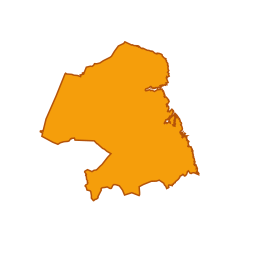 the district of Sokndal nor, Rogaland, Norway, rotated 224°
{"feature_id": "86288312B30341713179901", "entity_name": "Sokndal nor", "entity_type": "district", "adm_level": 2, "iso_a3": "NOR", "parent_name": "Norway", "parent_adm1": "Rogaland", "projection": "orthographic", "projection_center": [6.294, 58.377], "detail": "fine", "context": "isolated", "style": "filled", "palette": "amber", "viewbox_px": 256, "rotation_deg": 224, "n_neighbors": 0, "source": "geoboundaries", "source_scale": "gbopen_adm2", "svg_char_len": 5887}
<svg xmlns="http://www.w3.org/2000/svg" viewBox="0 0 256 256"><g transform="rotate(224 128 128)"><path d="M45.5,143.2L46.7,143.5L45.8,143.8L46.2,144.1L45.2,143.9L45.1,144.2L45.5,144.5L46.8,144.7L46.7,144.3L47.7,144.0L47.6,144.5L48.1,145.0L48.3,144.8L48.4,145.2L50.0,147.1L50.4,147.2L50.7,146.6L50.9,147.5L51.5,147.7L51.4,147.2L53.0,148.1L53.0,148.4L53.5,148.7L54.0,148.4L53.5,148.2L54.1,148.2L54.3,147.5L55.1,147.9L55.0,148.2L55.3,147.9L55.7,148.6L55.4,148.9L56.2,149.5L56.2,149.9L56.8,149.7L56.9,150.3L57.4,150.2L57.4,150.6L58.7,151.7L60.1,152.3L60.0,151.9L60.4,151.9L61.1,152.5L60.7,152.7L60.8,152.9L62.9,154.0L62.9,154.5L64.1,154.7L64.7,155.9L66.1,155.7L66.2,156.0L65.9,156.6L66.5,156.6L66.7,157.0L67.1,156.9L67.1,157.3L69.3,158.0L69.3,157.6L69.7,157.6L69.7,158.0L70.9,157.5L71.6,156.5L72.2,156.4L72.4,156.9L71.8,157.1L71.9,157.5L74.5,159.0L74.7,160.4L75.9,160.1L75.9,160.5L76.5,160.3L76.7,159.7L76.7,160.3L77.3,160.1L77.5,160.8L78.5,161.0L78.9,161.7L79.3,161.8L79.3,161.4L80.1,161.7L79.9,162.3L80.3,162.3L80.1,163.3L81.2,162.1L81.2,161.5L81.6,161.5L81.5,160.9L82.1,160.3L82.0,158.9L82.8,158.9L82.9,159.6L82.3,159.7L82.0,162.0L82.3,162.5L82.9,162.6L82.9,163.8L83.7,163.7L83.6,162.0L83.0,162.0L83.1,160.0L84.5,160.4L84.4,161.2L85.3,160.7L85.1,161.9L85.6,162.9L85.7,162.3L86.5,161.9L86.3,160.7L86.9,160.7L86.9,161.4L87.5,161.0L88.0,161.8L87.7,164.4L88.5,165.4L90.7,166.7L92.3,166.9L92.3,168.1L93.3,168.8L95.1,168.8L95.3,169.3L96.9,170.1L96.9,169.7L97.1,169.7L97.1,170.1L99.5,170.7L100.1,170.8L100.0,170.2L101.1,171.0L101.8,171.1L102.0,169.5L101.0,169.1L101.2,168.5L100.6,168.6L100.2,167.1L98.5,165.3L98.3,164.3L96.7,163.9L96.4,162.8L95.5,161.9L97.1,161.0L97.8,161.4L96.6,162.1L97.4,162.7L97.0,162.7L97.2,163.2L98.5,163.8L98.8,164.6L100.0,165.2L100.9,167.1L100.7,167.7L101.1,167.8L101.1,168.2L102.9,168.9L102.6,169.1L102.9,169.7L102.8,170.2L102.0,170.5L102.1,170.9L102.4,171.0L102.6,170.5L103.4,171.2L103.8,171.2L103.8,170.8L104.4,171.0L104.1,169.8L104.2,169.4L104.5,163.9L103.4,161.5L101.8,161.6L101.9,161.2L101.3,160.9L102.9,160.5L103.2,158.3L104.4,158.5L105.0,155.9L105.1,157.5L105.6,157.5L105.7,158.7L106.5,160.0L106.2,160.7L105.6,160.9L105.8,161.8L104.7,162.2L105.5,162.9L106.1,165.8L105.2,166.4L105.4,167.9L106.0,168.8L106.0,170.0L106.4,170.4L106.5,171.3L107.3,171.2L107.4,171.9L109.5,172.0L109.5,169.8L109.3,168.7L109.8,168.7L109.8,168.3L110.8,168.6L110.9,167.4L111.1,167.4L111.6,168.4L111.7,169.2L112.1,170.3L113.7,171.6L115.0,171.3L115.1,171.6L115.4,171.5L115.1,171.3L115.3,170.8L115.0,170.3L115.5,170.1L115.3,170.3L116.0,172.2L115.8,171.1L116.9,171.7L116.9,172.1L116.3,172.3L116.2,172.8L116.4,172.9L116.4,173.6L116.9,175.7L118.1,175.9L118.1,176.3L120.7,176.7L122.3,176.7L123.0,175.6L123.6,176.3L123.6,175.9L124.0,175.9L124.1,177.1L125.2,177.2L125.3,177.6L125.9,177.6L125.9,178.0L128.3,179.2L128.9,179.2L128.8,178.8L130.7,179.6L131.2,178.6L132.0,178.5L131.8,177.7L132.7,177.3L132.7,176.7L133.5,176.1L133.7,174.7L134.4,172.6L136.8,171.9L137.1,171.7L137.5,170.7L138.9,170.6L139.5,169.8L139.5,169.4L140.1,169.0L140.2,168.1L141.5,166.7L141.3,167.0L142.0,167.3L141.9,167.8L142.4,168.4L140.7,171.9L140.8,172.9L140.4,173.8L139.5,173.8L139.1,173.1L138.9,173.7L137.3,173.8L137.3,174.7L136.5,174.8L136.1,175.4L136.1,176.2L136.2,175.8L136.4,176.0L135.9,176.7L134.3,177.0L134.8,177.7L134.4,178.6L132.6,179.3L132.6,180.2L132.9,179.9L134.4,180.6L134.1,181.3L133.2,181.3L133.0,182.1L133.2,182.4L132.5,182.6L132.7,183.2L132.0,183.2L131.6,184.4L130.8,184.8L131.1,185.1L130.8,185.2L130.9,185.7L130.3,186.1L130.7,186.3L130.6,186.6L130.8,186.8L131.9,186.9L130.8,188.6L135.1,190.6L135.0,190.8L135.3,190.8L135.3,191.3L135.8,191.8L134.9,191.9L134.8,193.1L134.4,193.9L136.3,194.8L136.4,195.6L138.3,195.6L138.3,196.5L138.6,197.7L139.8,198.0L141.5,199.5L141.7,200.1L142.9,200.5L142.9,201.0L143.5,201.0L144.3,202.1L145.7,202.2L147.1,202.8L147.3,203.3L148.9,203.5L149.0,204.1L150.4,203.5L153.4,203.6L154.2,204.3L155.1,204.3L157.8,203.1L158.1,202.4L158.7,202.3L158.7,201.7L159.1,201.7L159.1,201.1L161.0,200.4L163.5,200.3L164.5,199.7L164.5,199.3L166.8,198.4L168.1,197.3L172.8,195.7L172.8,195.1L173.5,194.7L176.3,194.2L176.6,193.1L176.7,194.0L177.4,193.6L177.1,194.3L177.9,194.1L181.0,191.4L182.6,190.9L183.1,190.2L190.1,187.8L189.8,185.9L191.9,180.3L191.0,173.8L189.7,168.1L190.0,166.3L192.5,159.2L193.4,155.2L195.1,152.5L196.8,151.0L196.4,149.9L196.5,147.5L198.0,146.3L200.2,142.8L197.6,136.4L198.7,136.5L198.9,135.8L197.7,135.4L199.1,133.1L198.4,133.0L197.8,132.0L200.8,130.7L203.6,128.4L205.6,127.6L209.7,124.2L210.9,124.1L210.9,123.2L202.0,101.3L193.2,77.5L186.9,66.7L187.6,66.6L187.6,66.2L188.8,65.3L188.9,64.9L188.5,64.4L185.9,65.0L184.2,62.2L172.0,65.6L167.1,67.6L166.4,70.4L164.6,73.6L162.0,76.6L161.4,77.9L161.8,80.3L161.5,81.1L161.2,81.0L160.9,81.9L159.5,83.5L157.7,82.5L143.4,95.3L139.5,95.1L139.2,95.4L132.1,95.7L130.2,96.4L126.9,96.6L122.4,97.7L122.3,92.8L121.3,83.7L121.5,81.2L121.5,76.7L121.7,75.7L123.1,73.9L123.6,71.6L128.2,69.9L129.0,66.9L128.7,66.3L125.8,65.7L125.9,65.0L125.4,64.4L124.8,64.6L122.0,62.2L120.5,62.0L119.7,60.8L119.0,60.8L118.3,59.7L118.8,57.8L118.6,56.5L117.0,56.4L114.4,54.9L111.7,56.5L110.5,56.3L107.4,54.0L105.6,52.1L102.4,51.7L102.2,51.9L102.1,53.8L101.6,54.3L101.0,56.3L101.4,57.4L101.9,57.6L104.1,64.8L105.1,65.4L105.1,67.1L103.4,69.1L102.0,71.2L99.2,71.9L98.3,72.6L98.1,73.2L99.0,76.0L99.0,77.3L97.5,78.7L94.0,80.4L88.8,79.5L83.9,77.4L80.3,84.1L73.1,87.1L73.3,88.0L74.7,89.5L79.2,93.5L77.7,98.1L74.2,105.9L70.7,109.5L69.3,112.2L63.9,113.1L62.3,112.4L60.3,112.3L58.1,111.3L57.4,113.2L57.5,113.8L57.9,113.7L58.9,114.8L59.0,115.5L56.1,117.3L56.9,118.3L56.3,118.9L56.6,120.2L56.1,121.5L56.6,122.2L56.2,125.8L56.3,127.1L56.7,128.9L57.1,129.4L56.3,131.9L56.5,132.5L55.9,133.0L54.3,132.7L53.8,132.9L53.5,134.1L53.7,134.6L53.8,135.8L54.9,137.8L54.8,139.1L51.9,138.6L50.9,139.2L50.7,140.2L49.5,141.7L45.5,143.2Z" fill="#f59e0b" stroke="#b45309" stroke-width="1.5"/></g></svg>